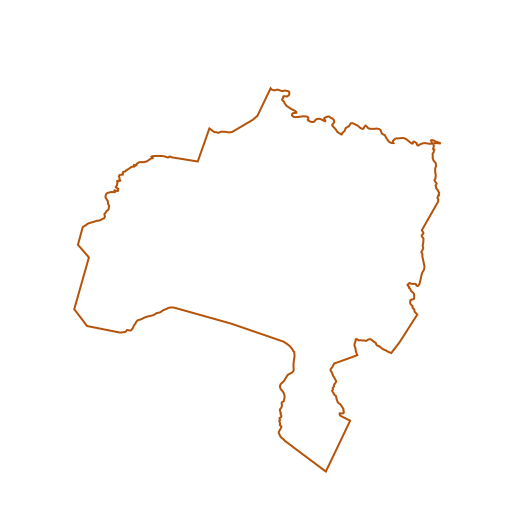 the district of Villa de San Antonio, Comayagua, Honduras, rotated 112°
{"feature_id": "27666195B41071058173253", "entity_name": "Villa de San Antonio", "entity_type": "district", "adm_level": 2, "iso_a3": "HND", "parent_name": "Honduras", "parent_adm1": "Comayagua", "projection": "equal_earth", "projection_center": [-87.548, 14.295], "detail": "fine", "context": "isolated", "style": "outline", "palette": "amber", "viewbox_px": 512, "rotation_deg": 112, "n_neighbors": 0, "source": "geoboundaries", "source_scale": "gbopen_adm2", "svg_char_len": 6034}
<svg xmlns="http://www.w3.org/2000/svg" viewBox="0 0 512 512"><g transform="rotate(112 256 256)"><path d="M82.4,126.8L82.3,128.2L82.6,132.4L82.3,134.9L82.7,136.4L83.3,137.0L85.0,135.4L85.7,135.4L86.3,135.7L86.8,136.6L88.0,141.5L88.8,143.2L90.3,145.0L92.9,147.1L92.9,147.6L92.7,148.2L91.3,149.2L90.7,151.8L90.8,152.5L91.1,152.9L91.7,153.0L92.8,152.8L93.2,153.0L93.3,153.5L92.9,155.8L91.9,158.6L91.3,161.0L91.3,162.9L92.0,165.0L93.9,168.6L94.3,169.9L95.1,170.8L96.4,171.6L98.1,172.1L98.9,171.9L99.8,170.9L100.5,172.8L100.4,174.5L99.9,176.2L97.3,180.0L95.8,181.7L95.4,185.2L93.0,187.2L92.4,188.3L92.2,189.3L92.5,191.5L94.0,194.4L95.0,196.8L95.5,198.9L95.4,200.0L94.3,202.0L94.1,202.7L94.1,203.3L95.3,203.8L97.7,204.2L98.1,204.4L98.3,205.0L98.2,207.2L97.3,209.6L97.0,210.8L96.7,215.3L96.8,216.8L97.6,217.9L100.7,218.4L103.7,220.7L107.2,220.8L109.6,222.1L111.1,222.0L111.4,222.4L110.5,226.9L108.5,229.9L106.6,234.1L105.8,234.5L102.8,233.6L101.9,233.9L101.2,234.4L100.5,235.2L100.1,236.1L99.9,237.1L100.0,238.0L99.3,240.7L99.7,241.5L100.6,242.7L101.7,243.8L102.4,244.3L103.1,244.2L104.7,242.3L105.1,242.3L105.2,243.2L104.9,247.2L105.0,248.4L105.4,249.5L106.2,250.8L106.7,251.3L107.5,251.8L109.8,252.5L110.6,253.6L110.9,254.7L111.0,256.1L110.9,257.8L110.6,258.8L110.2,259.1L109.0,258.8L108.5,259.0L107.8,260.0L107.7,261.2L108.1,262.6L108.9,264.8L111.2,268.8L112.4,271.3L112.8,272.6L112.7,273.7L112.4,274.7L112.0,275.4L111.4,275.7L110.7,275.7L109.6,275.1L108.2,272.3L107.9,272.2L107.4,272.5L106.8,274.5L106.5,278.3L105.4,283.8L103.8,286.5L102.4,287.9L101.8,289.7L101.3,290.4L100.3,290.4L99.3,289.9L98.5,290.4L97.7,290.4L97.4,289.6L97.0,289.3L96.9,288.3L96.4,286.9L94.7,285.8L93.5,285.7L91.3,286.8L91.2,288.5L91.7,291.2L93.1,292.9L93.4,294.1L93.6,298.1L94.0,298.9L95.4,300.8L95.8,302.1L95.8,303.9L95.0,305.3L125.5,307.2L131.1,310.1L150.1,324.7L151.5,327.3L152.7,332.1L153.9,335.1L155.9,337.0L156.1,339.0L156.7,341.1L156.6,341.7L155.2,347.0L190.2,345.4L196.2,371.7L196.0,372.3L196.0,373.0L196.4,373.6L197.2,373.9L197.7,374.6L197.9,378.3L198.5,380.6L200.8,386.6L202.3,389.4L202.9,390.0L203.7,388.5L204.4,389.1L205.2,390.1L209.2,392.7L211.1,395.3L212.3,398.5L213.0,399.6L215.2,401.1L216.6,400.9L217.3,403.2L217.7,403.2L217.9,402.9L218.0,402.0L218.5,402.1L220.1,405.0L222.7,406.5L225.0,408.3L225.7,408.7L226.4,408.7L227.7,410.6L228.9,410.7L229.7,410.1L230.5,410.0L231.6,412.4L232.4,413.0L233.6,413.0L234.6,411.8L235.7,411.5L236.9,410.1L237.4,410.4L238.0,412.2L238.5,412.8L239.1,412.6L239.6,411.9L241.5,411.8L242.3,411.4L244.6,411.9L245.1,411.0L245.2,408.9L247.3,408.4L247.6,408.6L248.2,411.8L248.4,411.8L249.4,410.8L249.7,410.8L250.8,414.0L253.1,417.3L254.1,417.9L255.7,418.1L257.1,417.9L258.3,417.3L260.3,414.4L261.1,413.7L263.0,412.8L264.6,410.9L268.3,410.2L270.4,411.4L272.0,411.6L273.9,412.3L276.0,410.9L277.3,410.8L278.1,411.1L279.2,412.3L280.8,413.5L282.3,415.3L283.1,417.0L285.1,419.2L287.7,422.6L289.1,424.1L292.0,425.9L293.3,427.0L294.2,427.5L312.3,425.3L319.9,410.4L373.4,404.6L384.2,386.4L377.9,353.1L375.5,349.0L375.0,348.5L372.9,347.8L372.3,344.9L371.9,344.2L371.3,343.8L370.2,343.6L369.4,343.2L366.0,343.1L364.1,342.5L362.0,342.4L360.0,341.7L357.7,338.8L354.5,336.0L352.3,333.3L349.6,329.3L347.1,327.2L346.3,327.0L344.4,324.0L340.5,321.3L338.8,319.3L337.2,318.0L335.9,316.4L334.9,314.0L334.4,311.4L328.0,253.6L325.1,198.5L325.9,194.3L326.7,191.5L328.0,188.8L329.1,187.0L330.2,185.8L330.6,184.6L334.6,182.7L340.7,181.2L343.4,180.3L347.4,178.4L348.8,178.2L350.6,178.9L354.2,182.0L359.5,183.0L361.0,183.1L365.4,185.1L367.7,185.1L369.9,183.6L371.9,180.0L372.4,179.3L374.8,177.2L376.1,176.6L380.2,175.9L381.7,177.0L382.4,177.2L383.2,176.9L384.6,176.0L385.4,175.8L387.3,175.7L389.0,176.3L389.6,176.3L391.7,174.9L392.4,174.0L393.0,174.1L393.7,173.8L394.3,172.8L395.0,172.4L396.1,172.4L397.0,173.3L397.5,173.5L398.2,173.2L399.1,172.2L400.3,172.6L402.1,171.0L403.8,170.6L404.5,168.8L404.8,168.5L406.0,168.4L410.5,169.0L411.6,168.6L414.6,165.3L415.7,161.8L416.7,159.6L429.7,110.5L373.4,107.0L373.2,107.9L373.3,109.9L373.0,111.8L372.6,117.1L372.4,118.1L371.9,118.9L371.1,119.3L370.5,119.4L369.5,116.7L369.0,116.1L368.5,115.9L367.6,116.2L365.8,117.5L365.1,117.6L362.1,121.9L361.7,123.1L361.5,124.4L360.9,125.4L358.7,127.5L356.0,129.3L355.6,130.2L355.6,131.0L354.5,132.2L354.1,132.9L352.4,135.0L350.9,134.7L350.2,135.2L349.3,135.4L347.8,134.8L347.2,135.2L346.2,135.4L342.8,134.6L342.4,134.7L341.8,135.1L339.4,137.9L338.1,139.8L335.8,141.7L334.5,143.7L333.7,144.3L332.9,144.3L330.4,143.6L326.5,143.3L310.0,124.9L307.0,127.7L303.9,129.5L302.0,131.3L300.5,131.7L297.4,131.8L296.0,132.4L295.8,132.3L295.3,131.4L295.7,128.9L294.9,127.4L294.3,125.1L293.9,124.4L293.4,122.0L291.3,120.6L290.5,119.4L290.3,118.4L290.5,117.3L291.3,114.8L291.6,112.6L292.0,112.1L292.9,111.5L293.7,109.9L293.4,107.9L294.1,106.2L294.9,102.9L294.9,100.1L295.3,97.6L295.3,94.2L282.2,90.6L249.9,84.5L248.3,88.0L246.3,89.2L245.9,90.0L245.6,91.2L245.1,91.6L244.3,91.8L243.8,92.1L242.9,94.4L241.6,95.7L239.0,96.2L238.8,95.7L237.6,95.0L237.1,93.8L236.4,93.5L235.3,93.7L232.1,95.2L231.2,96.6L230.2,99.3L228.7,100.7L228.2,102.2L227.4,102.2L226.4,104.5L226.1,104.7L225.6,104.7L225.0,104.1L224.1,103.9L223.5,103.5L223.6,101.5L222.1,97.6L222.4,96.9L223.3,96.2L223.4,95.5L223.1,94.7L222.3,94.2L220.0,94.0L210.4,95.6L208.2,95.5L206.3,95.1L204.6,95.3L202.5,95.9L194.1,101.6L191.9,102.4L190.6,104.1L186.4,103.8L185.3,104.3L184.2,105.3L181.0,105.9L177.5,107.1L177.1,107.3L175.8,109.4L175.3,109.9L174.6,110.1L173.2,109.4L172.1,109.3L171.0,110.4L170.0,111.9L137.3,107.5L136.2,108.0L135.1,108.2L134.7,109.0L134.1,109.6L131.9,109.6L131.6,109.1L131.3,109.0L131.0,109.1L130.7,109.7L129.0,109.7L127.6,111.4L126.7,112.3L125.8,114.3L125.2,114.5L123.5,115.9L121.3,115.6L119.6,118.1L118.7,119.0L116.7,118.7L113.1,119.9L111.5,121.1L107.6,122.7L104.7,122.8L103.7,123.6L102.5,124.2L101.0,127.2L98.7,129.1L97.4,129.4L94.9,130.6L92.8,130.1L91.7,130.6L90.7,130.5L90.4,131.0L90.4,131.9L87.3,132.3L85.6,134.0L85.1,133.6L84.4,132.5L83.7,130.8L82.4,126.8Z" fill="none" stroke="#b45309" stroke-width="2"/></g></svg>